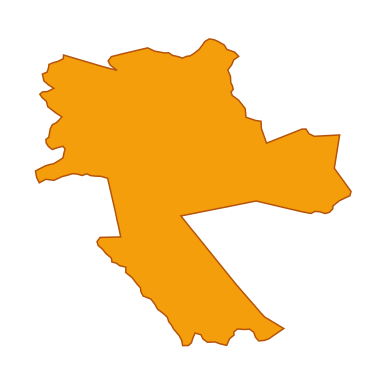 outline of Bonito, Pernambuco, Brazil, rotated 94°
{"feature_id": "56859067B60303107893945", "entity_name": "Bonito", "entity_type": "district", "adm_level": 2, "iso_a3": "BRA", "parent_name": "Brazil", "parent_adm1": "Pernambuco", "projection": "equal_earth", "projection_center": [-35.697, -8.487], "detail": "fine", "context": "isolated", "style": "filled", "palette": "amber", "viewbox_px": 384, "rotation_deg": 94, "n_neighbors": 0, "source": "geoboundaries", "source_scale": "gbopen_adm2", "svg_char_len": 2367}
<svg xmlns="http://www.w3.org/2000/svg" viewBox="0 0 384 384"><g transform="rotate(94 192 192)"><path d="M184.7,34.2L180.3,33.4L158.4,51.7L124.8,48.7L127.9,73.9L125.7,79.4L121.2,82.7L121.6,86.8L124.0,91.7L136.4,117.5L138.0,121.1L123.8,127.2L116.6,128.1L116.2,133.6L113.7,143.3L105.0,144.8L97.2,151.9L92.9,158.6L89.5,160.0L86.7,158.0L83.1,159.2L80.4,160.9L73.9,161.7L67.8,164.8L62.4,161.3L57.3,159.6L53.4,154.9L49.5,159.2L47.3,167.2L43.1,170.1L40.1,176.3L38.5,180.7L38.1,185.5L41.0,189.7L44.7,191.9L49.2,194.8L52.9,198.8L56.3,203.2L57.1,207.1L59.1,210.8L58.0,214.8L57.0,221.2L54.7,225.0L55.2,228.9L54.1,239.0L51.3,246.3L59.4,272.3L62.6,281.9L67.1,284.8L70.9,282.6L73.7,278.5L75.9,275.3L72.9,290.9L64.3,329.7L68.0,329.7L71.2,335.2L72.6,339.2L74.7,343.6L78.2,343.8L82.6,345.0L84.8,349.5L91.4,347.5L95.1,342.7L98.2,337.1L101.8,343.0L102.6,348.2L105.1,350.6L108.4,348.0L111.7,343.6L117.0,341.8L122.9,332.9L126.1,327.0L129.6,329.7L132.4,332.2L134.5,335.9L138.7,337.8L147.4,338.7L149.7,341.4L153.3,340.9L156.7,338.3L159.4,334.3L157.4,329.9L155.4,324.0L157.9,321.6L161.8,322.4L167.0,323.1L169.4,326.3L173.4,331.9L174.5,335.7L176.2,340.2L178.8,344.5L181.9,349.6L188.3,348.0L193.5,345.0L189.5,338.7L190.0,330.6L185.7,322.7L184.0,317.6L182.1,312.5L182.1,307.9L183.2,302.7L181.2,298.3L182.7,294.3L182.9,289.6L182.7,284.1L184.2,277.1L218.0,266.8L225.4,264.8L231.6,262.8L241.8,260.0L243.7,280.5L248.1,283.3L251.9,281.9L255.3,277.3L259.4,273.6L263.6,267.8L267.4,267.0L268.3,262.4L270.5,259.1L271.6,252.7L276.9,252.5L281.6,245.8L288.0,240.1L291.1,236.8L295.3,235.9L299.2,233.5L301.6,225.6L306.3,221.4L311.4,218.1L315.0,212.4L318.7,207.8L322.9,206.2L326.1,203.3L330.3,200.5L336.1,194.8L340.8,191.9L345.9,190.6L345.4,184.9L342.5,182.1L337.6,180.9L332.5,179.1L333.8,173.1L337.8,170.8L340.8,166.1L340.0,158.6L341.5,153.3L342.6,146.7L335.7,144.3L331.8,140.1L328.8,140.6L325.5,137.1L325.5,130.1L324.8,125.0L327.6,120.6L332.3,118.6L335.9,115.1L335.0,109.4L333.0,104.9L329.6,100.8L325.2,95.2L321.8,90.9L311.7,110.7L308.8,113.9L281.8,140.9L273.1,149.0L268.5,153.3L232.1,187.1L229.6,189.5L226.7,192.2L221.5,197.0L216.6,201.4L215.4,196.7L206.4,163.8L204.3,155.8L197.9,132.6L196.5,127.4L198.2,117.0L201.2,98.6L204.2,79.9L205.1,71.7L202.8,68.1L202.8,63.2L204.2,57.6L202.6,53.4L199.2,50.5L196.1,50.4L190.4,44.4L187.5,39.3L184.7,34.2Z" fill="#f59e0b" stroke="#b45309" stroke-width="1.5"/></g></svg>